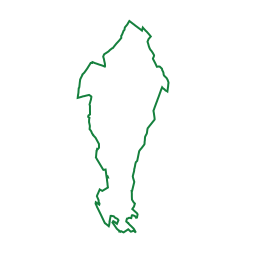 the district of Stabulnieku pag., Riebinu, Latvia, rotated 255°
{"feature_id": "27541924B26776219587555", "entity_name": "Stabulnieku pag.", "entity_type": "district", "adm_level": 2, "iso_a3": "LVA", "parent_name": "Latvia", "parent_adm1": "Riebinu", "projection": "equal_earth", "projection_center": [26.726, 56.44], "detail": "fine", "context": "isolated", "style": "outline", "palette": "green", "viewbox_px": 256, "rotation_deg": 255, "n_neighbors": 0, "source": "geoboundaries", "source_scale": "gbopen_adm2", "svg_char_len": 5158}
<svg xmlns="http://www.w3.org/2000/svg" viewBox="0 0 256 256"><g transform="rotate(255 128 128)"><path d="M25.0,108.5L26.8,108.1L28.8,107.6L29.3,107.4L29.9,107.1L30.7,106.6L32.3,105.7L33.5,104.9L35.1,104.0L35.6,103.9L35.9,103.8L36.2,103.7L36.2,103.3L37.3,102.7L37.7,102.4L37.9,102.2L38.1,102.1L38.6,102.3L39.2,102.6L39.9,103.0L40.0,103.1L40.3,103.3L40.5,103.4L40.7,103.6L40.6,103.8L40.6,104.0L41.0,105.7L41.0,105.8L40.4,107.1L40.1,107.8L42.6,109.1L42.7,109.3L42.6,109.8L42.5,110.0L41.8,111.0L41.2,111.8L39.3,112.7L39.2,112.7L39.2,113.5L42.1,114.9L43.0,114.7L43.5,114.5L46.4,112.6L47.9,111.7L48.6,111.2L49.1,111.7L50.4,113.3L50.5,113.4L53.2,115.1L53.6,114.9L54.5,114.3L57.8,113.3L60.9,114.0L63.1,114.6L63.9,114.8L65.9,115.2L66.0,115.2L65.9,115.5L74.3,120.1L74.5,120.1L78.4,120.0L80.1,120.1L82.3,121.3L83.4,121.9L83.5,122.0L85.2,122.9L85.9,123.1L87.1,123.6L87.3,123.8L89.6,125.0L91.2,125.7L92.9,126.7L93.9,128.4L98.3,130.6L102.7,132.8L102.9,133.0L104.0,134.3L104.9,135.7L105.3,136.2L107.3,138.8L108.0,139.6L108.3,139.8L110.7,140.6L111.8,141.1L113.4,141.6L115.0,142.2L116.4,143.4L117.5,144.5L117.8,144.7L118.3,145.0L121.9,146.5L122.7,147.0L123.7,148.4L124.2,149.0L125.8,151.2L128.1,154.3L128.5,154.9L129.2,155.8L129.5,156.0L131.3,156.3L135.5,156.8L137.6,157.0L137.9,157.0L138.2,157.1L139.2,157.9L140.6,158.8L142.7,160.3L144.7,161.7L146.2,162.8L146.7,163.2L147.4,163.6L150.0,165.5L154.2,168.4L154.3,168.5L155.8,169.5L158.5,171.5L157.6,171.9L157.2,172.1L156.4,172.8L156.1,173.1L155.4,173.5L154.6,173.9L154.4,174.1L154.1,174.4L153.8,174.8L153.5,175.2L153.1,175.5L154.7,176.2L156.2,176.8L157.5,177.4L159.2,178.0L160.2,178.4L160.5,178.5L160.8,178.7L161.0,178.7L161.5,178.9L164.3,178.7L165.1,178.5L165.8,178.3L166.3,178.2L166.9,177.8L167.4,177.5L168.3,177.0L168.5,176.8L168.8,176.7L169.3,176.4L169.8,176.3L170.1,176.3L170.4,176.3L170.7,176.3L171.3,176.4L172.0,176.5L172.6,176.5L173.5,176.4L175.1,176.0L175.6,176.1L176.3,176.1L176.5,176.1L177.0,175.8L177.4,175.6L177.5,175.5L179.0,174.6L179.1,174.4L179.2,174.2L179.4,173.9L179.5,173.7L179.5,173.3L179.5,172.9L179.7,171.8L179.8,171.8L180.0,171.7L183.4,171.1L188.3,170.0L188.5,170.0L188.8,170.1L189.1,170.4L190.3,171.4L191.4,172.0L191.6,172.0L194.0,171.4L196.1,170.7L196.8,170.4L197.6,170.0L198.5,169.7L199.5,169.5L200.8,169.4L201.0,169.3L202.0,169.3L204.5,169.3L205.8,169.2L206.2,169.2L206.4,169.3L206.5,169.3L207.0,169.7L208.6,170.9L210.5,173.7L211.2,173.4L213.2,172.5L215.6,171.3L216.2,171.0L216.7,170.7L217.4,170.2L218.3,169.8L219.9,168.9L221.2,168.3L218.5,166.7L220.6,165.1L221.7,164.2L222.6,163.5L223.0,163.2L224.6,161.9L225.8,161.0L226.5,160.5L228.1,159.2L228.3,159.1L231.0,157.0L228.8,154.7L228.4,154.4L228.2,154.2L226.1,151.2L225.6,150.8L225.4,150.7L223.9,150.1L223.3,149.4L223.1,148.9L220.9,147.3L219.6,146.3L219.5,146.2L218.7,145.3L216.7,144.8L216.2,144.1L215.1,142.6L214.8,142.2L213.2,139.7L212.6,138.7L210.1,135.3L209.2,134.2L209.1,133.3L208.5,131.9L208.0,130.7L207.0,129.0L206.1,126.3L205.8,125.3L205.4,124.1L204.6,123.4L203.3,122.5L200.8,122.6L198.5,122.4L197.6,122.4L196.0,122.3L193.6,121.8L193.3,121.5L193.7,121.0L194.4,120.1L195.4,118.7L196.1,117.6L196.5,116.9L197.0,116.2L197.4,115.6L197.5,115.5L198.1,114.6L198.7,113.7L199.4,112.6L200.1,111.8L200.5,111.3L200.7,111.0L200.9,110.7L200.1,110.2L200.5,108.8L198.6,106.8L196.4,104.4L196.2,104.3L195.5,103.4L194.4,102.1L192.7,100.0L192.0,98.7L191.5,97.8L191.4,97.8L191.2,97.8L190.5,97.2L188.7,95.6L188.0,95.0L187.3,94.4L187.2,94.4L186.8,94.2L185.1,93.5L184.7,93.3L184.1,93.1L182.3,92.4L180.2,91.6L179.9,91.4L179.7,91.3L179.5,91.2L179.2,90.7L175.7,89.5L175.0,89.3L174.4,89.0L173.6,88.7L172.9,88.3L170.1,87.2L170.1,89.0L170.1,91.5L170.2,91.8L170.2,93.0L170.1,93.8L170.1,96.0L170.0,99.0L168.1,100.6L167.8,100.6L167.6,100.7L164.9,99.5L164.8,99.4L163.5,98.6L163.1,98.4L160.6,96.9L159.3,97.0L155.6,96.0L154.3,95.7L150.9,94.8L150.4,93.2L150.2,93.0L149.7,92.7L149.1,92.4L147.7,93.4L146.7,92.8L143.8,91.9L141.4,91.8L139.8,91.7L136.8,90.6L135.5,91.2L134.7,91.5L133.7,91.7L131.9,91.9L130.5,92.6L130.2,92.4L127.1,94.1L120.1,95.8L119.3,95.6L118.1,95.3L116.8,95.0L116.3,94.7L116.0,94.2L115.4,93.4L115.8,92.8L113.4,91.6L113.5,91.5L108.0,89.5L107.9,89.4L105.1,90.1L104.9,90.2L94.0,93.3L93.9,93.4L93.7,95.6L87.7,94.8L86.7,95.8L85.4,95.9L85.9,94.6L83.8,94.4L83.0,94.2L79.7,93.8L78.8,93.6L77.3,93.4L75.7,93.2L75.4,92.1L75.2,91.4L73.9,86.9L75.9,84.8L75.7,84.7L75.2,84.2L72.4,82.0L71.5,81.2L70.2,80.3L68.1,80.6L66.0,80.9L65.2,80.8L64.5,80.5L62.4,80.9L61.7,80.6L61.4,80.4L64.6,77.7L63.3,77.1L60.7,77.6L60.0,77.6L57.2,78.2L51.5,79.3L42.2,81.0L41.9,81.2L41.9,81.3L40.6,82.2L39.3,83.2L38.1,84.0L39.0,84.6L42.4,86.1L42.5,86.0L46.0,87.7L46.4,87.9L47.6,88.5L47.5,89.1L47.0,90.1L46.5,91.2L46.4,91.4L46.2,91.5L44.7,92.3L43.8,93.3L43.0,94.2L42.9,94.3L41.4,94.9L38.3,92.5L39.8,91.3L40.2,91.3L40.5,90.9L40.7,90.6L40.8,90.5L40.9,90.4L41.0,90.4L41.5,90.1L41.7,89.9L41.7,89.7L41.8,89.6L40.7,88.5L40.1,88.8L33.6,91.1L33.3,91.3L31.0,92.8L30.8,92.8L30.9,93.0L29.7,93.6L29.9,94.3L30.1,94.6L28.9,96.0L28.7,96.2L28.3,96.7L28.3,96.8L28.5,97.3L29.3,99.7L30.1,102.0L28.0,103.3L27.9,103.4L27.2,103.8L27.1,104.5L27.4,106.8L25.3,108.3L25.0,108.5Z" fill="none" stroke="#15803d" stroke-width="2"/></g></svg>